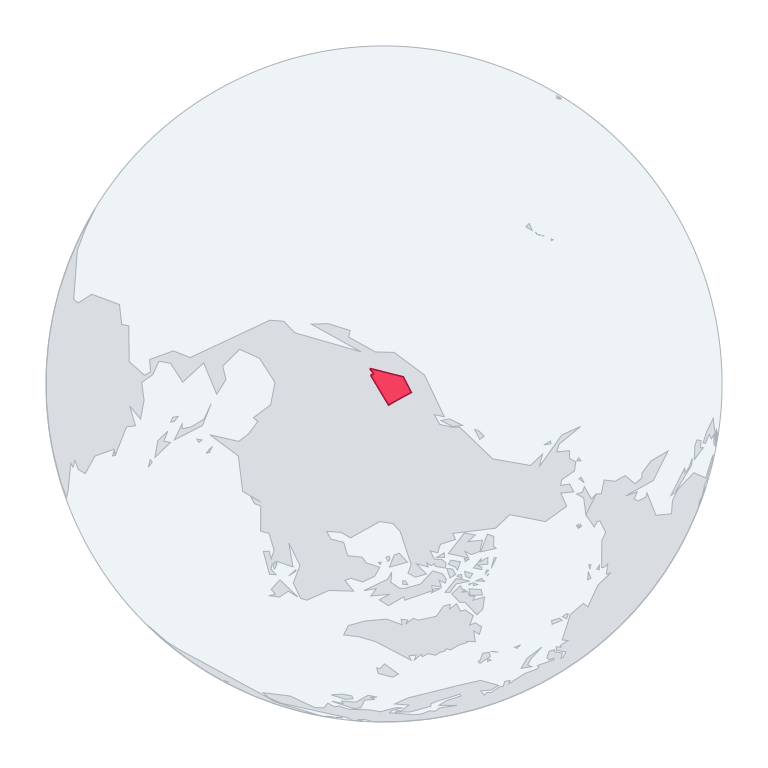 Nevada on an orthographic globe, rotated 150°
{"feature_id": "USA-3523", "entity_name": "Nevada", "entity_type": "State", "adm_level": 1, "iso_a3": "USA", "parent_name": "United States of America", "parent_adm1": "", "projection": "orthographic", "projection_center": [-115.554, 38.502], "detail": "fine", "context": "on_globe", "style": "filled", "palette": "rose", "viewbox_px": 768, "rotation_deg": 150, "n_neighbors": 0, "source": "natural_earth", "source_scale": "10m", "svg_char_len": 11597}
<svg xmlns="http://www.w3.org/2000/svg" viewBox="0 0 768 768"><g transform="rotate(150 384 384)"><circle cx="384" cy="384" r="338" fill="#eef3f6" stroke="#a8b0b8"/><path d="M91.0,544.4L91.9,546.4L91.0,544.4ZM670.3,563.5L668.0,567.1L666.2,569.8L652.4,589.4L637.1,607.9L620.6,625.3L619.5,626.3L619.1,626.7L598.1,645.4L575.6,662.3L551.8,677.3L553.7,676.2L546.3,680.4L564.1,668.4L582.6,653.3L610.4,612.4L608.4,607.1L592.2,607.8L573.4,585.1L581.4,566.7L576.0,562.0L593.5,530.7L587.0,511.2L580.2,511.1L574.7,522.4L549.9,518.0L538.7,503.8L451.0,496.3L439.5,488.5L435.6,472.9L387.9,423.4L417.1,472.2L402.1,464.1L386.6,447.2L391.2,442.3L375.4,416.0L359.4,406.3L344.4,371.4L348.2,325.4L355.8,332.4L355.9,321.3L346.3,312.2L340.1,309.0L327.3,264.8L297.9,240.2L281.8,244.0L290.7,234.8L255.4,251.0L235.0,248.9L262.3,244.4L268.4,238.9L256.7,233.5L260.5,226.8L256.9,220.7L262.5,213.4L278.0,212.3L281.8,207.9L273.3,204.5L273.5,195.7L285.4,201.2L286.9,186.8L313.1,184.2L340.5,208.0L359.4,203.3L399.1,220.2L399.8,213.6L415.3,217.0L421.9,210.9L427.4,216.6L427.9,207.0L421.6,203.1L419.8,197.7L423.0,194.0L430.6,200.3L430.1,203.1L434.0,203.1L436.4,207.9L437.1,203.5L445.9,212.1L442.2,198.3L453.3,200.9L457.8,208.1L450.8,214.0L443.7,248.2L446.1,258.8L456.5,267.0L490.0,267.5L495.3,277.0L507.4,285.0L507.5,276.2L498.1,267.0L501.3,253.5L489.4,244.8L489.0,238.3L479.4,227.4L488.0,222.2L501.5,223.3L509.9,232.4L516.1,233.5L513.9,219.8L535.1,232.8L558.7,235.3L563.3,240.0L562.1,256.9L547.5,268.8L545.9,293.9L554.3,271.1L565.8,284.4L570.8,284.2L574.4,280.1L572.8,272.8L578.3,276.4L572.2,299.4L567.1,296.5L569.1,288.9L562.3,295.0L558.2,312.1L564.4,318.3L551.7,340.1L556.0,345.1L555.6,353.1L549.6,343.5L560.1,361.7L546.1,394.5L560.1,427.0L538.5,406.9L526.0,408.6L511.9,414.7L514.0,420.1L492.5,422.7L477.6,439.9L478.9,468.3L491.6,486.2L514.8,480.1L518.7,466.8L534.0,458.8L529.6,492.5L557.4,486.2L558.5,508.6L567.5,516.2L579.7,507.7L593.0,506.6L600.0,489.8L612.4,475.3L615.2,492.1L620.1,472.1L628.4,475.6L651.5,457.3L650.4,462.5L670.3,466.1L687.5,455.8L691.5,462.9L689.9,472.4L694.9,467.5L694.9,472.0L710.9,449.6L715.6,444.4L713.1,459.9L704.6,490.3L697.3,510.5L685.0,537.6L670.3,563.5ZM177.9,450.4L178.9,442.9L182.5,449.2L177.9,450.4ZM176.8,437.3L177.0,440.0L176.3,437.5L176.8,437.3ZM174.5,434.7L176.2,436.6L174.0,435.2L174.5,434.7ZM171.0,432.2L173.0,433.3L172.7,433.4L171.0,432.2ZM562.0,438.8L593.5,440.4L578.8,450.5L581.0,446.1L572.4,443.2L557.3,443.6L543.5,453.4L562.0,438.8ZM166.5,426.1L165.5,424.3L167.4,424.6L166.5,426.1ZM569.0,414.5L563.7,415.6L568.4,413.1L569.0,414.5ZM336.6,308.9L345.8,312.8L353.0,323.9L345.0,321.3L336.6,308.9ZM323.4,288.7L328.8,288.1L328.2,299.3L325.3,296.1L323.4,288.7ZM269.3,248.8L276.1,251.3L268.2,251.3L269.3,248.8ZM255.5,221.1L252.4,222.8L251.9,219.0L255.5,221.1ZM475.4,231.1L477.4,229.4L478.1,232.3L475.4,231.1ZM469.3,228.3L468.8,233.0L465.8,232.4L466.2,229.5L469.3,228.3ZM259.8,204.6L260.0,198.5L262.5,204.5L259.8,204.6ZM470.8,222.7L460.6,230.8L455.5,229.8L452.7,218.0L470.8,222.7ZM261.8,194.8L261.9,180.7L255.1,182.7L274.6,169.7L268.0,185.5L272.2,192.4L266.2,191.1L261.8,194.8ZM418.2,203.5L425.0,207.5L416.3,207.7L418.2,203.5ZM413.0,205.0L388.8,214.8L380.4,207.6L390.2,205.5L376.8,199.5L384.6,191.1L393.7,192.5L397.6,198.7L397.6,190.9L413.0,205.0ZM285.3,165.2L287.7,162.0L288.2,165.2L285.3,165.2ZM418.3,195.6L414.2,198.0L406.6,191.8L413.5,186.0L413.7,189.8L418.3,195.6ZM369.5,202.3L365.1,197.1L370.2,188.7L369.1,185.6L384.1,190.3L369.5,202.3ZM417.1,189.4L417.2,183.3L423.8,183.0L421.9,192.9L417.1,189.4ZM401.7,192.8L398.4,189.7L402.5,189.5L401.7,192.8ZM447.2,179.4L442.4,181.8L438.0,178.7L447.2,179.4ZM416.8,181.1L414.5,181.3L412.2,180.5L413.6,176.6L416.8,181.1ZM386.6,184.3L389.7,182.1L380.8,181.9L384.2,176.1L393.6,180.4L391.0,176.1L392.0,174.3L398.5,180.0L386.6,184.3ZM408.2,170.4L421.3,174.7L431.1,170.5L435.3,173.1L418.7,179.4L408.2,170.4ZM401.9,175.5L406.8,172.8L409.5,177.0L407.9,181.4L401.9,175.5ZM383.2,170.7L375.5,178.5L373.7,177.3L383.2,170.7ZM410.5,168.3L407.3,167.4L410.9,167.5L410.5,168.3ZM391.0,168.9L388.5,171.7L386.5,170.3L391.0,168.9ZM403.0,163.4L407.2,164.6L406.3,167.5L403.0,163.4ZM397.0,165.2L395.0,162.6L403.4,167.8L396.3,166.6L397.0,165.2ZM389.5,167.1L387.6,167.2L390.9,166.1L389.5,167.1ZM404.2,152.0L415.0,157.9L412.9,164.1L402.7,157.5L404.2,152.0ZM709.4,292.9L707.7,288.7L700.9,269.1L694.1,256.3L642.3,172.1L637.5,163.4L603.9,127.5L600.8,124.8L619.7,141.8L637.2,160.2L653.3,179.8L667.8,200.6L680.8,222.5L692.1,245.2L701.6,268.7L709.4,292.9ZM511.2,70.9L512.9,71.6L515.0,72.5L539.1,83.8L562.2,96.9L568.1,102.8L574.9,106.7L570.5,102.2L573.3,104.1L573.8,104.4L574.5,104.9L580.2,108.9L579.3,108.3L583.2,114.0L600.6,129.7L632.7,159.0L640.8,170.0L643.0,177.1L621.3,160.7L605.7,138.3L597.8,133.5L592.3,135.7L588.1,129.1L583.9,127.6L577.2,120.0L559.3,108.9L551.2,102.0L536.0,97.9L529.7,94.2L540.5,97.4L543.6,96.5L522.5,82.0L516.0,79.3L507.8,78.1L503.0,74.9L497.8,75.7L481.6,69.2L497.0,78.2L487.8,78.5L473.6,75.3L473.3,77.4L496.4,82.7L503.2,83.6L504.5,81.5L525.3,86.9L534.3,92.0L523.0,93.5L534.6,101.5L520.8,100.3L466.8,84.7L448.5,79.0L435.4,65.7L444.4,65.5L453.6,69.9L452.6,64.3L449.1,65.4L445.1,63.2L435.3,63.9L432.0,62.4L428.2,66.1L423.1,64.3L425.6,62.0L406.7,62.8L393.8,60.7L391.1,61.7L391.9,63.4L375.1,60.4L373.8,61.3L378.9,62.6L379.7,65.6L374.6,70.0L369.0,68.6L370.1,66.8L364.1,61.7L367.8,57.9L365.1,57.9L360.5,61.0L367.8,67.1L366.3,70.2L361.5,67.2L363.1,68.5L360.6,69.7L353.0,69.9L357.7,73.3L337.8,91.2L321.0,94.3L318.9,89.0L299.2,102.9L281.8,107.1L286.5,108.0L280.2,116.4L285.5,115.1L287.3,116.3L273.6,139.6L266.1,144.8L265.5,157.6L267.9,158.3L273.4,155.1L274.6,169.7L255.1,182.7L250.6,180.3L241.4,190.8L232.5,184.2L220.9,184.1L216.5,172.0L207.7,173.7L205.1,177.8L191.2,183.9L171.6,183.9L198.9,165.8L230.6,166.2L218.6,164.0L224.8,159.4L222.5,155.7L213.8,155.1L210.7,158.1L214.1,134.3L199.9,127.9L192.6,138.6L182.4,145.8L159.9,152.2L152.4,141.7L138.7,154.5L134.1,158.3L137.7,153.2L144.5,147.3L153.1,138.7L156.4,136.7L164.4,127.8L169.5,124.6L173.2,120.1L165.7,126.1L156.7,134.5L157.5,133.2L175.6,118.0L194.7,104.1L214.8,91.5L235.6,80.4L257.2,70.8L279.5,62.7L302.2,56.1L325.4,51.2L348.8,47.9L372.4,46.3L396.0,46.3L419.6,48.0L443.1,51.3L466.2,56.2L488.9,62.8L511.2,70.9ZM667.3,202.9L670.4,207.1L667.3,202.9ZM652.1,456.5L655.2,457.5L651.8,460.6L652.1,456.5ZM578.4,458.9L584.3,456.4L587.9,457.6L583.7,460.8L578.4,458.9ZM623.8,432.3L629.7,429.8L624.3,435.5L623.8,432.3ZM598.1,440.1L619.1,435.0L608.4,447.9L594.8,451.3L603.2,444.6L598.1,440.1ZM569.6,426.5L573.6,426.0L573.5,429.9L569.6,426.5ZM572.3,412.7L571.0,413.8L568.3,411.9L572.3,412.7ZM566.2,283.0L566.9,281.3L571.3,278.5L570.8,282.5L566.2,283.0ZM581.2,251.8L589.7,258.4L583.3,256.1L584.3,262.5L572.1,266.4L565.1,242.6L570.4,252.4L581.2,251.8ZM553.9,266.0L562.4,265.5L553.3,267.1L553.9,266.0ZM567.7,129.9L568.3,127.0L575.0,130.2L585.2,141.2L575.6,136.5L567.7,129.9ZM567.4,122.5L553.4,122.3L546.4,116.2L552.7,119.5L549.5,115.5L558.8,119.9L565.9,115.2L572.3,117.9L587.7,135.3L579.2,127.8L579.2,130.7L567.4,122.5ZM529.7,139.5L523.5,141.3L516.5,125.5L523.1,125.8L533.7,136.1L532.2,141.9L529.7,139.5ZM467.9,201.3L466.0,204.4L463.9,202.5L463.8,198.2L467.9,201.3ZM445.3,180.8L474.0,186.3L473.3,189.9L491.0,189.8L496.0,199.5L484.4,199.1L501.4,207.0L492.9,210.6L504.7,215.1L478.3,213.1L471.3,217.3L477.2,208.8L472.8,199.6L468.8,196.8L452.4,192.5L435.2,197.8L428.1,190.2L427.7,183.4L430.7,181.0L434.4,186.5L435.8,179.3L443.4,185.6L445.3,180.8ZM426.6,119.5L429.6,125.2L433.8,115.2L441.4,120.0L441.4,118.6L449.6,120.4L459.5,120.5L462.0,123.4L464.8,122.3L470.3,123.8L474.9,123.3L481.0,128.6L487.2,128.6L486.6,131.2L495.6,129.8L491.6,133.3L498.3,136.1L498.7,131.3L520.0,165.0L532.1,177.7L544.4,186.9L535.8,192.6L518.8,188.2L499.2,179.0L488.8,166.5L486.8,171.8L481.3,167.5L485.2,165.1L475.8,166.4L472.3,162.3L454.9,156.6L443.6,161.9L436.9,160.2L439.6,156.2L431.1,157.5L431.5,149.0L426.8,147.9L422.5,138.7L430.3,132.3L424.4,131.5L420.9,125.0L426.6,119.5ZM403.4,149.3L411.0,139.6L418.9,137.7L423.1,154.6L427.4,156.8L430.3,168.4L418.7,171.1L419.0,167.4L416.5,164.6L421.1,164.9L415.5,162.6L415.7,157.6L411.4,154.6L415.1,152.2L403.4,149.3ZM592.8,118.3L593.1,118.6L591.9,117.6L592.8,118.3ZM596.3,122.5L592.8,119.5L598.0,122.9L601.2,125.8L596.3,122.5ZM586.5,115.5L592.2,119.1L591.1,118.9L586.5,115.5ZM536.8,95.0L532.6,92.4L533.9,92.2L538.2,93.8L536.8,95.0ZM440.7,94.0L441.1,96.8L438.8,96.7L433.1,101.6L427.0,98.9L428.1,94.9L440.7,94.0ZM433.1,91.9L431.5,94.1L429.4,91.4L433.1,91.9ZM422.3,97.3L419.1,94.5L425.6,99.2L422.3,97.3ZM378.8,77.2L393.5,72.8L400.1,69.0L397.4,65.4L407.5,69.2L397.3,74.9L378.8,77.2ZM343.4,89.3L345.8,93.3L340.7,93.6L339.4,92.7L343.4,89.3ZM347.8,90.3L358.5,91.8L357.1,95.3L349.0,93.4L347.8,90.3ZM396.2,89.9L401.0,88.6L402.5,90.7L396.2,89.9ZM87.6,542.2L90.9,548.0L88.3,544.3L87.6,542.2ZM91.8,546.3L88.6,542.2L91.0,544.4L91.8,546.3ZM65.7,497.6L65.4,496.7L66.5,499.7L65.7,497.6ZM119.3,176.4L123.6,172.0L120.9,176.6L118.7,178.3L119.3,176.4ZM116.1,189.6L121.6,176.4L126.7,167.0L122.5,172.1L119.0,175.1L128.1,164.4L128.4,166.9L123.6,175.2L128.0,172.8L127.6,177.6L135.5,171.8L137.0,173.5L128.3,181.5L116.1,189.6ZM139.2,169.1L153.0,163.4L145.6,175.2L140.9,179.1L137.7,176.5L141.8,170.4L139.2,169.1ZM154.1,165.7L158.2,159.9L187.0,144.2L191.3,144.0L165.4,161.0L167.9,156.7L162.1,158.8L154.1,165.7ZM284.2,161.8L287.3,162.0L283.9,164.0L284.2,161.8ZM290.4,115.5L292.2,117.4L288.1,119.4L290.4,115.5ZM295.1,124.2L298.4,120.6L297.2,125.0L295.1,124.2ZM305.5,112.6L300.9,119.4L302.0,112.2L305.5,112.6Z" fill="#d9dde1" stroke="#a8b0b8" stroke-width="1"/><path d="M390.6,363.3L390.6,364.2L390.7,365.2L390.7,366.1L390.7,367.0L390.7,367.9L390.7,368.8L390.7,369.8L390.8,370.7L390.8,371.6L390.8,372.5L390.8,373.4L390.8,374.4L390.8,375.3L390.9,376.2L390.9,377.1L390.9,378.0L390.9,379.0L390.9,379.9L390.9,380.8L390.9,381.7L391.0,382.7L391.0,383.6L391.0,384.5L391.0,385.4L391.0,386.3L391.0,387.3L391.1,388.2L391.1,389.1L391.1,390.0L391.1,390.9L391.1,391.9L391.1,392.8L391.1,393.0L391.1,393.5L391.1,393.8L391.2,394.2L391.2,394.6L391.2,395.0L391.2,395.4L391.2,395.8L391.2,396.1L391.2,396.5L391.2,397.0L391.2,397.4L391.2,397.5L391.0,397.8L390.9,398.2L390.8,398.4L390.7,398.5L390.4,398.6L390.2,398.5L390.1,398.4L389.9,398.1L389.8,397.9L389.7,397.9L389.4,397.9L389.4,398.0L389.2,397.9L388.8,397.8L388.7,397.8L388.4,397.9L388.2,398.0L388.0,398.3L388.0,398.5L387.9,398.7L387.9,398.8L387.9,399.0L388.0,399.1L388.2,399.4L388.2,399.5L388.1,399.8L388.1,400.1L388.1,400.3L388.3,400.8L388.3,401.0L388.4,401.3L388.3,401.6L388.3,401.8L388.4,402.1L388.6,402.4L388.6,402.5L388.6,402.8L388.7,403.1L388.7,403.4L388.7,403.5L388.6,403.8L388.4,403.8L388.5,404.0L388.4,404.3L388.5,404.5L387.6,403.8L386.7,402.9L385.7,402.1L384.9,401.2L384.1,400.5L383.3,399.7L382.6,399.0L381.8,398.2L381.0,397.5L380.3,396.8L379.5,396.0L378.8,395.2L377.9,394.4L377.1,393.6L376.2,392.8L375.4,391.9L374.5,391.1L373.7,390.3L372.8,389.4L372.0,388.6L370.9,387.6L369.9,386.6L368.8,385.6L367.8,384.6L366.7,383.6L365.7,382.6L364.7,381.6L363.6,380.6L363.7,380.2L363.7,379.1L363.8,378.0L363.8,376.9L363.9,375.9L363.9,374.8L364.0,373.7L364.0,372.6L364.1,371.5L364.1,370.5L364.2,369.4L364.3,368.3L364.3,367.2L364.4,366.1L364.4,365.1L364.5,364.0L364.5,362.9L365.3,363.0L366.2,363.0L367.0,363.0L367.8,363.1L368.6,363.1L369.4,363.1L370.2,363.1L371.1,363.2L371.9,363.2L372.7,363.2L373.5,363.2L374.3,363.3L375.1,363.3L376.0,363.3L376.8,363.3L377.6,363.3L378.4,363.3L379.2,363.4L380.0,363.4L380.9,363.4L381.7,363.4L382.5,363.4L383.3,363.4L384.1,363.4L384.9,363.4L385.7,363.4L386.6,363.4L387.4,363.4L388.2,363.4L389.0,363.4L389.8,363.3L390.6,363.3Z" fill="#f43f5e" stroke="#9f1239" stroke-width="1.5"/></g></svg>